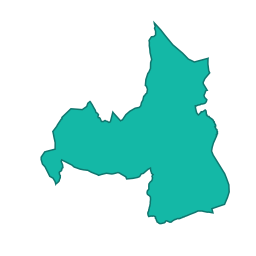 Shanga, Kebbi, Nigeria (orthographic projection), rotated 261°
{"feature_id": "59680162B85769693016783", "entity_name": "Shanga", "entity_type": "district", "adm_level": 2, "iso_a3": "NGA", "parent_name": "Nigeria", "parent_adm1": "Kebbi", "projection": "orthographic", "projection_center": [4.585, 11.206], "detail": "fine", "context": "isolated", "style": "filled", "palette": "teal", "viewbox_px": 256, "rotation_deg": 261, "n_neighbors": 0, "source": "geoboundaries", "source_scale": "gbopen_adm2", "svg_char_len": 5188}
<svg xmlns="http://www.w3.org/2000/svg" viewBox="0 0 256 256"><g transform="rotate(261 128 128)"><path d="M30.9,198.6L35.2,198.2L36.8,207.2L37.5,211.4L43.9,215.4L49.0,217.9L56.1,218.7L62.9,217.4L67.8,216.3L87.8,207.9L92.1,206.9L95.7,208.1L99.8,210.0L106.6,214.4L107.0,214.2L107.3,214.5L107.5,214.3L107.8,214.3L107.9,214.7L108.1,214.9L108.3,215.4L108.7,215.4L109.0,215.6L109.3,215.6L109.9,215.3L110.2,215.7L110.5,215.8L110.9,215.5L111.5,215.5L112.4,215.6L112.6,215.5L112.7,215.4L112.7,215.2L112.8,215.0L114.0,214.5L114.5,214.5L115.2,214.4L115.3,214.1L115.6,214.0L115.7,214.5L115.9,214.8L116.3,215.0L116.6,214.7L117.3,214.9L117.7,214.7L117.9,214.8L118.2,214.5L119.9,214.1L120.0,213.9L120.3,214.1L120.7,214.1L121.1,213.8L121.5,213.5L121.9,213.3L122.4,213.4L122.7,213.1L123.0,212.8L123.4,212.4L123.9,212.2L124.0,212.2L124.1,211.9L124.5,211.5L125.0,211.1L125.2,210.7L125.7,210.2L126.3,210.0L126.5,209.8L126.7,209.7L126.6,209.3L126.6,209.2L127.0,208.8L127.4,208.5L127.8,208.0L128.4,207.6L128.7,207.7L129.0,207.9L129.4,207.6L130.1,207.6L131.1,207.7L132.8,207.7L133.1,207.5L133.7,207.1L133.5,206.4L133.0,205.7L132.6,204.7L132.3,203.6L132.6,203.3L132.6,202.8L131.8,202.3L131.6,201.8L131.0,201.2L130.4,200.3L130.1,200.0L129.9,199.7L130.3,199.2L131.3,198.7L132.3,198.2L134.2,198.0L137.3,197.8L139.4,198.0L139.1,199.0L139.5,199.9L139.7,201.1L139.7,202.1L139.7,202.8L140.0,203.4L140.2,203.7L140.3,204.2L140.1,204.5L140.1,205.4L140.1,206.0L140.2,206.3L140.2,206.5L140.2,207.0L140.4,207.8L140.6,208.1L140.9,208.6L141.9,209.5L143.6,210.3L145.0,209.3L146.1,208.5L148.3,208.1L150.5,209.5L152.3,210.4L152.9,211.3L152.9,212.1L159.8,209.3L161.4,209.4L164.8,211.7L169.7,217.3L171.8,216.7L178.6,216.9L183.8,217.8L184.3,218.0L182.8,203.8L183.7,202.6L186.6,198.4L193.4,193.6L203.2,185.2L213.4,179.2L219.7,175.7L227.7,170.4L226.4,170.4L224.1,170.8L222.4,169.8L220.4,170.2L219.2,170.4L215.6,169.8L214.3,167.9L214.4,165.4L211.2,162.5L210.1,162.5L209.1,162.5L205.9,161.9L202.5,161.9L198.9,161.6L191.9,162.1L189.1,160.6L183.2,159.5L179.6,157.1L178.9,156.2L176.1,154.8L173.2,153.3L170.9,152.7L167.3,151.8L166.4,152.7L163.2,153.3L159.4,152.0L158.7,150.6L157.1,149.3L156.9,148.5L153.1,147.0L151.0,145.3L147.9,144.1L147.2,143.2L146.6,142.5L146.4,138.1L144.3,132.5L141.5,128.0L136.9,123.8L136.4,121.9L136.3,121.7L145.2,115.9L145.6,115.7L146.0,115.5L137.6,111.9L136.5,110.8L136.6,109.9L136.6,109.7L137.5,109.0L137.6,108.9L138.0,107.9L138.0,107.7L138.8,106.7L139.0,106.5L138.2,104.5L138.6,103.1L138.6,102.8L139.9,102.4L140.7,102.2L141.7,102.0L142.6,101.5L142.7,101.4L142.9,100.6L142.9,100.3L144.3,100.1L145.6,100.9L147.3,100.1L148.3,98.8L149.6,98.6L150.8,98.4L151.8,98.0L152.8,97.6L154.7,96.9L155.9,96.5L157.2,96.0L158.1,95.5L158.8,95.3L159.4,95.1L160.1,94.6L158.7,92.2L155.7,90.6L153.3,85.7L155.2,77.7L155.9,74.6L148.8,64.4L147.4,64.2L147.2,63.5L142.2,58.9L141.1,58.1L140.8,57.9L136.3,53.2L135.5,53.3L130.0,53.5L124.9,53.8L118.5,52.7L117.7,44.2L117.4,42.0L112.8,37.7L110.4,37.3L105.8,37.9L102.6,40.0L97.0,41.8L92.5,43.2L90.2,46.1L86.5,47.6L83.9,47.9L84.4,48.3L84.6,49.1L85.6,50.7L86.2,51.4L86.6,51.8L87.3,52.0L88.1,52.4L88.9,52.9L89.4,53.3L89.9,53.3L90.4,53.5L91.1,53.5L91.6,53.7L92.2,53.4L92.7,53.1L93.3,53.1L93.6,53.2L94.0,53.1L94.5,53.0L95.4,53.5L95.6,54.0L95.6,54.5L95.9,55.0L96.3,55.4L96.7,55.8L96.9,56.0L97.6,55.9L97.8,56.3L98.6,56.5L98.8,57.1L99.0,57.5L102.0,57.6L103.9,57.1L105.5,56.8L106.9,57.5L100.2,66.8L97.9,68.7L96.3,71.7L94.9,74.2L93.7,77.5L92.5,81.7L90.1,84.8L88.2,88.0L86.8,90.5L86.7,90.7L86.1,91.2L85.9,91.4L86.0,92.5L86.3,94.5L86.6,98.2L86.7,99.7L85.2,104.5L85.1,105.9L85.2,107.4L85.6,111.1L85.0,112.3L85.0,112.5L84.0,113.5L80.2,118.2L77.9,118.7L77.5,124.9L77.7,129.7L78.2,131.8L80.6,133.9L80.8,136.1L84.2,141.5L84.9,143.9L83.6,143.8L82.7,143.8L81.6,143.9L80.8,144.1L79.5,144.2L78.7,144.8L78.1,145.5L77.0,144.4L76.2,144.1L75.2,144.5L74.5,144.3L73.7,143.9L73.1,143.8L72.5,143.4L71.9,142.9L71.7,142.3L71.3,141.7L70.6,141.0L69.4,139.9L68.3,139.7L67.0,139.4L65.2,139.2L64.2,138.9L63.8,138.4L63.3,137.7L62.7,137.2L62.1,137.0L61.1,136.7L60.4,136.7L59.7,136.8L59.3,137.0L58.9,137.4L58.5,137.8L58.0,138.3L57.6,138.7L57.1,139.0L56.6,139.3L55.8,139.3L53.8,139.1L52.1,138.6L51.0,138.3L50.3,138.3L49.7,138.1L48.9,137.8L47.9,137.5L47.2,137.2L46.3,136.7L45.1,136.3L44.1,135.8L43.3,135.6L42.9,135.4L42.3,135.1L41.8,134.6L41.2,134.4L40.3,134.2L39.5,134.2L39.0,134.3L38.3,134.3L37.8,134.5L37.3,134.7L37.5,136.9L37.3,137.6L37.1,138.4L37.3,139.0L37.1,139.5L36.8,140.0L36.6,140.4L36.4,140.7L36.1,140.9L36.0,141.2L35.3,141.2L34.8,140.9L34.1,141.2L33.8,141.5L33.3,141.6L32.7,141.6L32.1,141.7L31.8,141.9L31.1,142.0L30.6,142.1L30.2,142.7L29.7,143.2L29.3,143.5L28.8,144.2L28.5,144.7L28.5,145.5L28.4,146.1L28.5,146.7L28.6,147.7L28.6,148.7L29.0,149.8L30.0,150.4L30.3,151.6L29.3,153.3L28.5,154.4L28.3,155.7L28.6,156.5L29.1,157.1L29.6,158.2L29.9,159.1L30.3,159.8L30.2,160.2L30.3,160.7L30.4,161.1L30.5,161.6L30.7,162.1L30.8,162.6L30.7,163.5L30.4,164.1L30.6,164.5L30.5,165.0L30.7,165.8L30.9,166.1L30.9,167.1L31.1,167.5L31.4,168.0L31.6,168.6L31.3,169.1L31.9,170.6L32.1,172.1L33.1,176.0L34.2,181.2L35.1,184.1L34.4,188.4L34.0,189.1L32.5,193.1L32.3,194.7L31.6,196.6L30.9,198.6Z" fill="#14b8a6" stroke="#0f766e" stroke-width="1.5"/></g></svg>